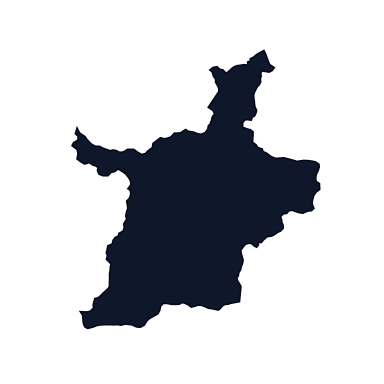 Piraju, São Paulo, Brazil (Mercator projection), rotated 99°
{"feature_id": "56859067B99477095521428", "entity_name": "Piraju", "entity_type": "district", "adm_level": 2, "iso_a3": "BRA", "parent_name": "Brazil", "parent_adm1": "São Paulo", "projection": "mercator", "projection_center": [-49.387, -23.195], "detail": "fine", "context": "isolated", "style": "filled", "palette": "ink", "viewbox_px": 384, "rotation_deg": 99, "n_neighbors": 0, "source": "geoboundaries", "source_scale": "gbopen_adm2", "svg_char_len": 3819}
<svg xmlns="http://www.w3.org/2000/svg" viewBox="0 0 384 384"><g transform="rotate(99 192 192)"><path d="M61.6,134.6L59.6,131.8L56.2,130.1L53.9,135.3L48.2,138.6L44.2,140.8L40.9,143.1L43.9,147.0L46.2,149.9L49.0,152.2L51.2,155.3L53.5,154.9L54.8,157.5L57.9,156.6L58.1,160.8L59.1,163.7L60.1,167.2L61.5,169.7L63.3,171.7L65.8,173.6L69.4,176.8L66.5,180.5L66.3,184.1L64.2,186.8L65.6,190.7L68.7,193.6L70.5,190.7L74.4,188.9L77.0,186.3L80.0,185.9L82.0,184.2L85.0,182.0L88.4,181.2L105.9,189.3L108.1,184.2L111.0,182.0L115.3,183.9L118.1,184.0L122.2,184.9L124.1,186.3L127.4,186.3L131.3,188.4L133.6,192.2L133.4,196.3L132.6,199.3L132.6,202.2L132.5,205.3L131.2,208.1L135.4,212.8L136.2,216.3L136.6,218.7L140.8,221.4L142.2,223.9L143.7,227.3L143.3,231.7L145.9,234.2L150.0,238.1L154.4,238.2L156.4,240.3L158.5,242.2L161.2,244.0L162.8,247.6L161.8,250.2L160.8,252.6L159.0,256.1L159.4,259.2L159.9,262.3L162.3,264.9L163.7,267.5L164.0,270.1L162.9,273.3L162.8,276.5L164.0,279.3L163.5,281.8L163.1,284.3L162.5,286.9L161.3,290.5L161.9,294.5L160.8,297.8L159.4,300.4L157.5,302.6L155.7,304.8L153.9,306.4L152.6,309.5L151.1,312.4L148.8,314.0L146.6,315.6L152.7,316.4L154.9,313.2L158.5,312.8L161.7,316.7L165.0,317.8L168.1,312.0L172.2,310.6L177.4,310.8L179.2,307.4L181.2,302.8L180.3,300.3L179.0,298.2L180.9,294.3L181.4,291.0L182.6,288.6L185.6,288.8L189.0,286.7L189.9,282.5L189.1,277.5L185.2,274.9L184.1,271.7L180.9,268.5L182.7,264.1L184.6,260.4L187.9,256.7L189.8,255.2L192.0,254.0L194.7,253.7L198.8,255.9L199.9,253.5L203.0,252.3L205.4,252.4L207.8,252.9L211.3,255.2L215.0,253.8L218.4,252.9L220.8,253.4L223.6,253.7L226.0,253.7L229.2,252.3L232.1,253.7L234.3,254.5L238.1,253.3L241.4,254.1L244.3,257.8L246.7,257.8L249.2,261.1L252.0,262.4L255.8,262.7L258.3,266.8L263.3,266.9L265.6,267.2L267.7,265.7L271.9,266.0L273.9,263.3L275.8,260.7L278.9,261.0L281.8,260.6L285.7,260.7L290.2,259.9L295.4,259.3L297.9,258.8L300.2,259.6L305.7,264.0L309.0,266.4L311.2,268.3L312.4,271.4L318.9,272.0L321.9,271.1L325.8,274.0L327.0,277.7L327.6,283.7L331.0,280.7L337.8,279.1L340.1,278.1L342.2,276.5L343.1,273.6L340.8,268.4L338.8,265.1L337.6,261.4L336.6,256.8L336.0,252.7L335.4,248.0L334.7,245.1L334.7,241.3L333.0,237.4L332.6,230.8L334.0,225.7L333.7,221.8L331.0,218.3L326.4,216.3L323.7,214.2L321.4,211.3L317.7,206.6L314.0,205.3L310.0,205.2L306.7,203.1L306.0,199.5L306.2,195.1L305.7,190.9L304.8,186.9L302.7,184.1L303.3,180.5L304.3,177.6L305.9,174.8L304.5,171.5L302.8,168.3L302.5,164.4L303.3,161.1L304.2,157.9L304.2,154.2L304.3,151.0L304.6,147.6L302.8,145.9L299.2,143.7L297.7,141.2L297.2,138.6L295.9,136.4L294.9,133.4L292.9,127.9L277.6,128.8L275.0,130.9L272.6,133.1L270.1,134.1L267.3,133.1L264.1,133.1L261.4,131.8L258.4,131.7L254.6,130.9L251.5,130.8L248.6,132.0L245.5,133.5L242.2,134.7L238.5,132.9L235.2,130.9L233.8,127.9L233.7,125.0L235.5,122.4L236.5,119.5L234.0,118.1L231.4,118.5L231.1,115.6L228.4,114.0L224.4,110.8L223.0,106.2L220.9,103.5L218.4,101.0L216.9,98.5L213.6,96.2L210.1,96.9L208.3,98.4L205.3,99.1L202.7,100.7L199.3,98.3L198.4,95.1L195.4,93.3L194.4,90.0L195.2,86.4L195.6,83.6L195.7,79.1L194.1,76.8L192.6,74.3L191.9,71.1L189.1,68.9L185.5,71.2L182.7,71.8L176.5,71.1L172.9,69.5L169.5,66.2L163.7,67.4L162.2,70.9L159.0,72.0L155.3,72.0L151.4,70.8L147.5,70.2L144.7,70.9L143.0,74.5L142.7,77.3L142.8,82.2L143.3,86.6L145.3,93.2L144.7,97.3L144.4,100.2L143.8,106.5L144.6,110.1L145.7,114.5L144.6,119.3L141.8,124.6L141.0,128.0L138.4,129.4L137.9,133.5L135.2,136.3L133.3,139.9L129.5,140.3L126.6,140.5L122.9,141.1L121.3,144.1L121.1,146.8L120.6,149.4L120.2,152.0L115.9,152.8L112.8,151.3L111.9,148.8L111.9,144.7L108.8,144.1L106.8,141.9L103.9,141.1L101.2,140.9L97.9,143.2L94.7,144.1L92.3,144.7L89.8,145.5L86.5,146.3L83.1,145.7L80.1,144.7L77.7,143.9L75.4,142.2L72.4,141.3L69.4,142.2L66.9,141.7L64.3,142.6L61.5,142.0L61.5,138.6L61.6,134.6Z" fill="#0f172a" stroke="#020617" stroke-width="1.5"/></g></svg>